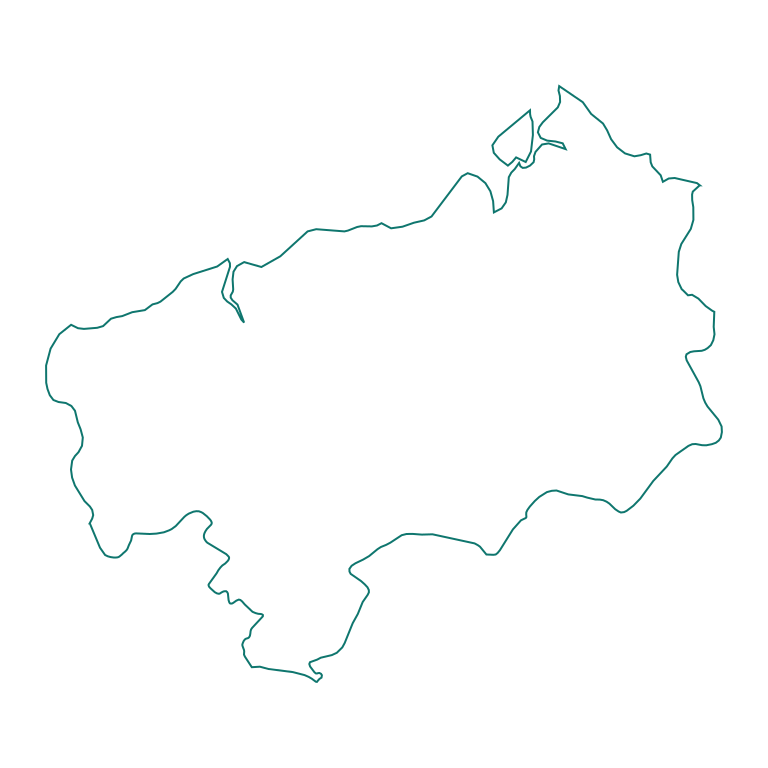 Esmeraldas, Albers equal-area conic projection
{"feature_id": "ECU-1335", "entity_name": "Esmeraldas", "entity_type": "Province", "adm_level": 1, "iso_a3": "ECU", "parent_name": "Ecuador", "parent_adm1": "", "projection": "albers", "projection_center": [-79.299, 0.692], "detail": "fine", "context": "isolated", "style": "outline", "palette": "teal", "viewbox_px": 768, "rotation_deg": 0, "n_neighbors": 0, "source": "natural_earth", "source_scale": "10m", "svg_char_len": 5072}
<svg xmlns="http://www.w3.org/2000/svg" viewBox="0 0 768 768"><path d="M559.2,86.1L582.8,102.2L591.2,114.0L603.0,123.5L607.1,130.3L611.1,139.2L617.1,147.3L625.0,153.4L634.4,156.3L640.7,155.2L646.3,153.5L650.1,154.6L650.7,162.3L652.3,166.4L660.7,175.3L662.9,181.8L668.7,178.5L674.7,178.0L697.0,183.1L699.8,185.3L699.7,185.3L692.8,191.6L692.1,194.5L692.2,200.1L693.3,207.2L693.4,219.9L690.8,228.9L681.3,244.0L678.8,251.8L677.1,274.8L678.3,282.1L681.7,289.2L683.2,290.5L688.0,295.3L692.1,294.8L698.4,298.6L705.7,306.1L712.3,310.8L714.3,311.8L713.7,326.9L714.5,334.3L713.3,340.2L710.9,345.1L707.6,348.1L704.8,349.8L701.7,350.8L694.0,351.3L690.3,352.0L686.5,354.3L685.8,356.8L686.7,360.4L698.7,382.2L700.4,386.2L703.4,398.3L705.2,402.6L707.5,406.5L718.3,419.7L721.6,426.5L721.9,432.1L720.8,437.6L718.8,440.5L715.8,442.8L711.8,444.2L706.2,445.3L702.1,445.2L695.7,444.0L692.2,444.2L688.4,445.9L675.5,455.0L672.4,458.4L666.8,466.5L653.3,480.9L640.3,498.6L633.4,505.7L626.7,510.8L624.1,512.1L620.9,512.5L618.6,511.5L615.2,509.2L609.4,503.6L606.6,501.7L603.2,500.2L599.8,499.6L595.3,499.5L587.2,497.6L582.3,496.1L568.3,494.4L556.5,490.5L551.8,490.8L546.9,492.1L539.3,496.9L534.8,501.0L529.8,506.6L527.5,509.8L526.3,512.3L526.2,514.4L526.4,517.0L525.8,518.0L521.0,520.3L512.9,529.4L499.9,550.2L497.6,553.0L495.7,554.5L493.4,554.8L486.4,554.5L480.0,546.7L477.9,545.2L474.6,543.4L432.5,534.3L421.8,534.6L412.4,533.9L406.5,534.0L401.7,535.2L390.3,542.7L386.1,544.9L380.9,547.0L377.5,549.2L369.1,556.1L363.1,559.6L355.4,563.3L351.6,565.8L349.4,568.9L349.5,571.6L350.7,573.9L361.1,581.1L364.7,584.3L367.5,587.3L368.8,590.0L368.9,592.3L367.7,594.8L362.7,602.0L357.8,614.0L352.7,623.2L344.7,643.0L342.3,647.4L336.8,652.8L331.8,655.1L320.8,657.7L317.2,659.6L310.0,662.2L309.3,664.0L310.1,666.5L314.4,672.2L315.8,673.4L317.0,673.5L318.1,673.1L319.4,673.0L321.0,673.8L321.9,675.2L321.5,677.6L319.5,678.9L318.2,680.3L316.9,681.9L315.8,681.7L311.8,678.7L308.7,676.9L304.6,675.1L292.9,672.1L268.5,669.0L259.9,666.7L251.8,667.2L244.9,656.6L244.0,654.6L244.2,651.3L244.0,650.0L242.6,646.2L242.3,644.9L242.6,643.6L243.2,642.1L243.8,640.8L244.7,639.7L245.4,639.0L246.3,638.6L248.0,638.1L248.6,637.7L249.1,637.3L249.5,636.5L249.9,635.8L250.3,633.8L250.6,631.1L251.1,629.4L252.2,627.8L262.8,616.4L262.9,615.7L262.9,615.0L262.1,614.4L260.9,614.0L258.2,613.8L255.6,613.1L252.5,611.8L244.8,604.5L242.1,601.4L240.4,600.0L238.8,599.6L236.4,600.6L233.2,602.9L232.0,603.5L230.9,603.6L229.9,603.3L229.3,602.4L228.6,600.2L227.9,593.5L227.2,592.1L226.1,591.2L224.0,591.3L222.7,591.8L221.2,592.6L220.3,593.3L219.0,593.8L217.0,593.4L214.8,592.2L210.5,588.3L209.0,586.6L208.5,585.0L208.9,584.0L216.6,573.3L218.3,570.3L220.4,567.5L222.3,565.5L225.2,563.5L227.7,561.0L228.6,559.7L229.0,558.6L229.1,557.8L228.8,556.8L227.9,555.8L226.3,554.2L207.3,542.7L206.1,541.5L205.0,539.9L204.3,538.6L203.9,537.0L203.9,535.4L204.2,534.0L204.7,532.7L205.4,531.3L206.9,529.0L211.1,524.7L211.5,524.0L211.7,523.3L211.7,522.5L211.4,521.7L210.9,520.7L210.1,519.6L206.8,516.2L202.8,513.0L201.1,512.1L198.9,511.3L196.3,511.2L193.4,511.7L188.8,513.6L186.3,515.2L184.3,516.9L175.8,526.0L171.6,529.1L169.2,530.3L163.9,532.3L156.5,533.6L149.7,534.0L136.2,533.4L134.9,533.5L133.8,533.9L133.0,534.4L132.3,535.2L132.0,536.1L131.1,540.5L128.9,545.1L127.5,548.7L126.5,550.2L125.1,551.6L123.2,553.2L121.8,554.6L119.2,556.7L117.8,557.3L116.2,557.5L113.6,557.5L110.7,557.1L107.8,556.3L105.1,555.0L100.0,547.7L89.8,523.3L89.7,523.3L92.2,518.6L93.2,515.1L92.2,510.0L89.9,506.5L84.5,501.1L74.9,485.5L72.1,477.6L71.0,469.5L72.2,460.6L75.0,456.0L78.5,452.2L82.0,445.8L82.8,437.5L80.6,429.3L77.8,422.3L75.0,410.8L71.4,406.0L65.8,403.0L58.5,402.0L53.4,400.0L49.8,395.2L47.5,389.0L46.2,382.8L46.1,365.5L50.6,348.6L59.3,334.2L71.1,324.8L78.0,328.2L83.9,328.9L97.2,327.8L103.1,326.1L111.0,318.7L116.4,317.1L122.2,316.1L132.2,312.2L144.9,310.1L152.5,304.4L157.5,303.1L160.5,301.6L172.7,291.9L175.6,288.9L180.7,281.4L183.7,278.5L193.2,274.1L217.2,266.5L227.7,259.0L229.9,263.2L230.0,266.8L222.0,291.9L223.8,297.9L227.2,301.5L231.4,304.4L235.9,308.6L241.3,319.5L244.1,322.6L237.5,304.6L232.4,300.2L230.7,297.6L230.7,295.4L232.8,291.7L233.2,289.4L232.6,279.4L233.5,271.7L237.0,266.1L244.1,262.1L261.4,267.0L280.3,256.3L307.6,231.4L316.2,229.2L344.4,231.4L347.9,230.6L357.1,227.0L361.0,226.2L371.9,226.4L377.0,225.5L381.5,223.2L391.1,228.3L402.5,226.7L414.0,222.7L424.2,220.4L431.5,216.5L461.8,176.4L467.7,173.2L477.5,176.6L485.4,183.1L490.4,191.3L493.1,201.1L493.9,212.4L501.6,208.4L505.8,202.4L507.5,194.9L508.8,177.2L511.3,172.6L514.8,169.0L519.1,162.9L520.4,166.3L522.7,167.9L526.0,167.6L530.0,165.6L533.6,162.2L534.2,159.4L534.0,156.2L535.5,151.9L542.0,144.5L548.7,143.4L565.6,149.1L562.7,143.3L555.5,141.5L547.1,140.6L540.7,137.9L537.9,132.3L539.3,127.0L542.8,122.3L557.8,107.4L560.1,102.0L559.9,96.0L558.5,90.5L559.2,86.1ZM530.0,110.3L530.1,114.1L530.6,116.8L532.5,121.5L532.9,135.0L531.0,151.5L525.7,162.0L516.1,157.4L512.3,161.9L507.9,165.6L499.7,159.4L493.8,152.8L492.4,145.3L498.3,136.7L530.0,110.3Z" fill="none" stroke="#0f766e" stroke-width="2"/></svg>